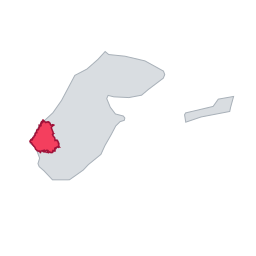 Tubas, West Bank, Palestine shown in context, rotated 214°
{"feature_id": "87354302B78640432651808", "entity_name": "Tubas", "entity_type": "district", "adm_level": 2, "iso_a3": "PSE", "parent_name": "Palestine", "parent_adm1": "West Bank", "projection": "mercator", "projection_center": [35.475, 32.295], "detail": "fine", "context": "in_parent", "style": "filled", "palette": "rose", "viewbox_px": 256, "rotation_deg": 214, "n_neighbors": 0, "source": "geoboundaries", "source_scale": "gbopen_adm2", "svg_char_len": 4891}
<svg xmlns="http://www.w3.org/2000/svg" viewBox="0 0 256 256"><g transform="rotate(214 128 128)"><path d="M200.7,60.7L202.9,81.1L198.8,98.5L198.5,113.7L201.5,141.9L195.0,153.9L191.3,168.0L189.7,178.6L185.1,178.1L170.7,185.8L151.5,193.1L130.4,195.0L127.4,192.8L126.6,189.1L132.7,171.3L135.1,162.8L144.3,153.7L157.2,145.9L162.7,143.9L162.1,140.5L154.3,135.3L146.3,132.6L138.6,135.3L136.2,134.5L135.4,132.2L138.1,128.9L139.3,122.9L138.2,112.8L137.3,100.5L135.7,91.0L140.4,75.5L141.6,68.1L147.6,52.3L161.6,42.8L173.6,45.5L180.0,46.3L182.7,48.1L184.4,53.6L193.3,59.9L200.7,60.7ZM83.4,165.1L88.5,170.6L88.7,172.7L69.5,193.5L69.3,202.4L58.1,213.2L54.5,202.5L52.9,198.6L73.6,178.0L83.4,165.1Z" fill="#d9dde1" stroke="#a8b0b8" stroke-width="1"/><path d="M202.6,87.2L202.9,87.0L203.0,87.0L203.0,86.9L202.7,86.5L202.7,86.1L202.4,86.0L202.1,86.3L201.9,86.3L201.9,86.1L202.0,85.9L202.1,85.7L202.3,85.5L202.2,85.4L201.9,85.1L202.0,84.9L202.2,85.0L202.3,85.1L202.5,84.9L202.8,84.8L203.1,84.8L203.0,84.6L203.0,84.3L202.8,84.0L202.7,84.0L202.2,83.9L202.2,83.7L202.5,83.5L202.9,83.6L203.0,83.6L202.9,83.3L202.6,83.3L202.5,83.2L202.6,82.9L202.7,82.2L202.4,82.0L202.3,82.3L202.2,82.3L201.9,82.1L201.8,81.6L201.5,81.5L201.4,81.2L201.6,81.1L201.8,81.2L202.0,81.2L201.9,81.0L201.9,80.9L201.9,80.6L202.0,80.6L202.2,80.9L202.3,81.0L202.5,81.1L202.6,80.9L202.4,80.9L202.3,80.7L202.5,80.5L202.9,80.4L202.6,80.2L202.6,79.8L202.4,79.6L202.0,79.5L201.9,79.5L201.9,79.4L201.9,79.1L201.9,78.9L202.1,78.4L202.1,78.0L201.7,77.8L201.6,77.7L201.5,77.1L201.4,76.6L201.7,76.6L202.0,76.3L202.2,76.2L202.3,76.1L202.2,76.0L202.2,75.8L202.2,75.7L202.3,75.5L202.4,75.2L202.3,74.9L202.2,74.5L202.0,74.3L201.9,73.9L201.8,73.7L201.4,73.5L201.1,73.4L201.0,73.2L201.3,73.1L201.3,72.9L201.6,72.7L201.6,72.4L201.9,72.1L202.0,71.8L201.7,71.4L201.7,71.2L201.6,70.8L201.4,70.6L200.9,70.4L200.9,70.1L201.1,69.8L201.0,69.3L201.3,69.1L201.2,68.6L201.1,68.1L201.0,67.6L200.9,67.4L201.3,67.0L201.5,66.9L201.2,66.4L201.0,66.0L201.0,65.9L201.2,65.7L200.9,65.4L200.9,65.2L201.0,64.9L200.8,64.5L200.9,64.4L201.0,64.5L201.4,64.6L201.5,64.8L201.3,65.1L201.4,65.3L201.5,65.3L202.0,64.1L202.0,63.8L202.0,63.7L201.9,63.3L201.9,63.1L201.6,62.8L201.7,62.5L201.9,62.2L201.7,62.1L201.4,61.9L201.0,61.6L200.9,61.5L200.7,61.5L200.2,61.6L199.7,61.8L199.3,61.6L198.9,61.3L198.4,61.0L197.4,60.7L197.1,60.7L196.6,60.5L196.0,60.3L194.6,60.0L194.4,59.9L194.0,59.7L193.3,59.1L193.0,58.9L192.8,58.8L192.0,58.7L191.8,58.6L191.5,58.6L191.3,58.6L190.9,58.6L190.4,58.4L190.1,58.5L189.9,58.5L189.4,58.8L189.0,58.8L188.9,59.2L188.6,59.4L187.7,59.1L187.1,58.6L186.8,58.7L187.0,59.3L187.2,59.6L187.3,60.0L187.1,60.2L186.5,61.1L186.5,61.3L186.2,61.7L186.3,61.3L186.2,61.2L185.4,61.0L185.1,61.0L185.3,61.6L185.3,62.2L185.1,62.4L185.3,62.4L185.2,62.6L184.7,62.0L184.4,61.8L184.2,61.7L184.1,61.8L183.9,61.8L183.7,61.6L183.3,61.7L183.3,61.9L183.5,62.1L183.5,63.1L183.4,63.4L183.0,64.0L182.9,64.0L182.2,64.5L181.9,64.2L181.7,64.3L181.7,64.1L181.7,63.9L181.9,63.9L182.0,64.0L182.1,63.8L182.1,63.7L181.9,63.7L181.8,63.4L181.5,63.2L181.5,62.5L180.8,62.9L180.8,63.0L180.9,63.3L180.8,63.2L180.4,63.2L180.7,63.6L180.4,63.6L180.0,63.7L179.9,63.7L179.8,63.8L180.0,63.9L179.9,64.2L179.8,64.3L179.5,64.5L179.4,64.5L178.9,64.4L178.7,64.4L178.4,64.4L178.2,64.4L177.7,64.8L177.2,65.1L177.0,66.1L177.4,66.3L177.4,66.5L177.0,66.6L177.2,67.0L177.1,67.4L177.3,67.5L177.1,67.6L176.7,67.5L176.3,67.7L176.1,67.8L176.5,68.0L176.6,68.4L176.0,68.3L175.9,68.5L176.3,68.9L176.6,69.6L176.8,69.7L177.0,69.9L177.2,70.0L177.3,70.1L177.2,70.3L177.4,70.4L177.2,70.8L176.8,71.5L176.7,71.5L176.3,71.2L176.3,71.4L176.3,71.5L176.2,72.6L175.9,72.8L175.1,73.0L175.3,73.3L174.9,73.3L174.9,73.5L174.6,73.6L174.3,73.8L174.7,73.9L174.8,74.1L175.0,74.2L175.6,74.2L175.6,74.3L175.6,74.9L176.1,75.7L176.7,75.9L176.7,76.2L176.8,76.3L177.0,76.4L177.0,76.5L176.9,76.7L177.2,76.8L177.5,76.9L178.0,77.2L178.0,77.3L178.2,77.5L178.6,77.6L178.8,77.8L179.0,77.9L179.3,77.9L179.4,78.1L179.7,78.3L180.4,78.0L180.6,77.9L180.5,77.7L180.8,77.7L181.1,77.3L181.3,77.0L181.5,76.8L183.0,78.6L183.5,79.0L184.5,79.2L184.9,79.3L185.1,79.4L185.5,79.5L186.9,80.3L186.8,80.5L186.7,80.8L186.6,81.1L186.8,81.3L186.9,81.5L187.0,81.7L186.9,81.8L187.2,81.8L187.3,81.8L187.4,82.1L187.6,82.4L187.8,82.7L188.6,83.1L189.1,83.5L191.3,85.0L191.7,85.3L191.9,85.9L191.8,86.6L191.7,87.2L191.6,87.8L191.3,88.3L191.0,88.9L191.1,89.0L191.3,89.1L191.5,88.9L191.9,88.6L192.3,88.6L192.6,88.4L192.8,88.1L193.2,87.5L193.3,87.4L193.8,87.2L194.0,87.3L194.7,87.8L194.9,88.1L195.7,88.5L196.3,88.7L196.5,88.5L196.8,88.2L197.0,88.2L197.3,88.6L197.6,88.6L197.8,88.4L197.8,88.2L198.2,88.0L198.3,87.7L198.7,87.5L198.7,87.4L198.6,87.2L199.1,87.0L199.1,86.9L199.2,86.7L199.3,86.8L199.5,86.7L199.8,86.6L200.0,86.6L200.3,86.7L200.5,86.8L200.6,86.7L200.8,86.6L201.1,86.5L201.4,86.7L201.5,86.7L201.7,87.0L202.0,87.0L202.6,87.2Z" fill="#f43f5e" stroke="#9f1239" stroke-width="1.5"/></g></svg>